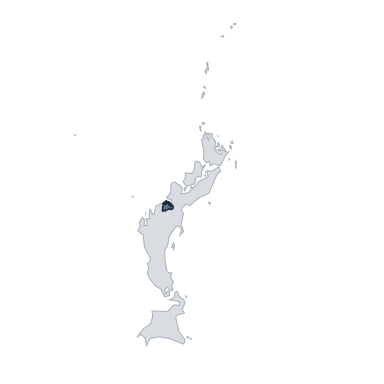 location of Aichi within Japan, rotated 154°
{"feature_id": "JPN-1840", "entity_name": "Aichi", "entity_type": "Prefecture", "adm_level": 1, "iso_a3": "JPN", "parent_name": "Japan", "parent_adm1": "", "projection": "natural_earth1", "projection_center": [137.132, 34.981], "detail": "fine", "context": "in_parent", "style": "filled", "palette": "slate", "viewbox_px": 384, "rotation_deg": 154, "n_neighbors": 0, "source": "natural_earth", "source_scale": "10m", "svg_char_len": 5821}
<svg xmlns="http://www.w3.org/2000/svg" viewBox="0 0 384 384"><g transform="rotate(154 192 192)"><path d="M257.5,108.7L262.7,110.0L262.6,118.5L266.3,123.9L268.3,134.6L267.6,138.6L264.1,142.9L263.4,147.4L259.8,148.2L258.4,150.6L258.9,163.5L254.7,174.6L257.8,181.0L253.6,183.7L252.6,187.8L247.5,191.1L247.3,186.3L250.0,182.7L247.3,181.8L245.5,184.9L245.7,188.2L241.4,186.6L239.8,192.1L237.3,194.8L236.9,190.4L237.9,189.7L236.0,188.5L230.7,195.1L219.2,195.3L221.4,192.9L218.2,192.1L217.3,193.4L216.6,189.4L213.8,194.1L217.4,197.2L217.1,198.5L211.8,200.4L207.5,208.1L205.3,209.0L202.8,208.2L199.5,202.5L199.2,199.0L202.5,194.9L195.6,193.0L179.3,198.8L170.9,198.5L169.1,204.6L165.0,202.0L156.6,202.9L157.6,197.7L161.1,197.4L177.3,183.6L188.0,183.7L200.1,180.7L201.6,183.5L207.5,182.4L209.4,180.4L209.2,176.0L215.6,168.2L217.0,160.2L221.8,158.4L217.6,163.5L218.8,167.0L221.1,168.1L231.9,162.2L237.5,154.4L242.3,151.2L246.6,141.4L249.2,132.2L248.4,129.3L245.9,128.5L248.6,124.2L248.1,119.1L251.2,116.9L252.1,112.2L254.5,112.6L255.8,117.1L259.5,116.5L260.6,112.5L256.3,113.3L256.3,111.9L257.5,108.7ZM285.3,76.4L294.0,78.7L300.3,73.8L298.3,82.0L300.4,86.5L305.2,85.4L296.4,90.2L287.1,91.7L281.9,97.4L280.1,102.6L266.4,95.4L257.9,98.4L252.9,95.7L251.4,99.0L259.6,105.0L254.8,104.9L251.0,109.4L248.7,109.1L249.3,103.7L246.6,99.1L246.8,95.4L252.3,90.8L251.9,86.4L259.2,88.0L261.5,86.7L265.0,71.9L263.2,63.6L263.9,60.6L266.5,59.2L275.9,69.6L285.3,76.4ZM159.1,207.6L164.4,207.6L162.8,211.7L166.4,212.0L167.4,216.6L163.9,221.9L160.3,235.2L157.6,234.8L157.9,237.1L153.6,240.1L154.6,231.4L152.3,233.2L152.6,238.1L148.1,235.2L149.9,232.7L148.7,226.6L153.4,220.0L152.0,219.5L152.5,217.3L149.4,212.9L148.3,213.8L148.7,217.0L150.3,217.0L150.4,218.9L147.5,218.0L144.5,220.6L143.7,214.4L146.9,217.0L142.7,212.2L154.5,203.5L156.9,204.2L159.1,207.6ZM187.5,198.2L194.5,199.8L195.5,204.9L191.8,207.5L189.8,212.1L184.2,208.7L180.6,210.6L175.6,218.3L172.5,216.2L171.7,209.8L167.8,210.9L174.1,206.5L177.2,201.4L179.8,203.4L183.7,202.4L184.0,199.5L187.5,198.2ZM127.4,295.0L123.3,297.6L122.5,301.2L120.9,302.0L123.7,294.4L125.7,294.8L127.4,292.1L127.4,295.0ZM234.4,151.6L230.9,154.6L231.1,151.5L233.7,148.5L233.2,151.5L234.4,151.6ZM142.7,271.5L139.3,276.4L137.2,274.9L142.7,271.5ZM147.6,224.8L146.4,224.7L147.0,221.2L148.6,220.9L147.6,224.8ZM197.5,199.0L194.8,198.9L198.3,195.8L197.3,197.6L197.5,199.0ZM152.7,249.6L150.9,249.5L150.4,248.0L153.0,248.0L152.7,249.6ZM142.0,195.8L139.9,198.0L141.8,194.0L142.0,195.8ZM156.3,247.9L155.3,247.3L157.4,242.5L157.3,244.8L156.3,247.9ZM133.3,217.9L135.0,218.1L135.6,219.5L133.5,220.1L133.3,217.9ZM140.6,199.0L139.0,200.8L139.3,198.6L140.6,199.0ZM81.0,324.8L78.8,324.7L78.8,324.3L79.8,323.1L81.0,324.8ZM181.9,175.0L180.6,175.3L180.3,173.8L181.2,173.2L181.9,175.0ZM137.5,217.2L136.7,215.8L137.9,213.5L138.6,215.3L137.5,217.2ZM85.3,321.8L84.6,323.8L83.6,323.9L83.1,322.8L85.3,321.8ZM135.4,281.5L134.3,281.4L134.5,279.3L134.9,279.2L135.4,281.5ZM260.4,64.0L258.9,63.6L258.8,63.0L259.9,62.6L260.4,64.0ZM151.6,221.3L149.8,222.5L149.3,221.9L151.6,221.3ZM243.3,101.4L242.6,100.1L243.8,99.7L243.3,101.4ZM169.7,204.2L170.8,203.8L172.1,203.7L169.7,204.2ZM258.0,60.0L257.8,62.2L257.2,59.8L258.0,60.0ZM142.0,211.6L140.6,213.0L142.7,210.6L142.0,211.6ZM97.4,319.0L95.6,319.1L95.8,317.3L96.3,318.2L97.4,319.0ZM144.9,204.8L143.8,205.9L144.3,204.4L144.9,204.8ZM191.4,195.9L190.6,197.3L189.9,196.1L191.4,195.9ZM138.2,275.8L137.9,276.8L137.5,275.6L138.2,275.8ZM243.2,192.9L242.9,193.9L242.7,192.9L243.2,192.9ZM144.5,231.0L143.6,231.3L144.5,230.4L144.5,231.0ZM173.2,200.4L173.2,201.7L172.3,201.5L173.2,200.4ZM248.0,214.0L247.0,214.2L247.0,213.6L248.0,214.0ZM272.4,294.2L272.5,295.4L271.8,294.1L272.4,294.2Z" fill="#d9dde1" stroke="#a8b0b8" stroke-width="1"/><path d="M223.3,194.2L222.9,194.2L222.0,194.5L220.0,195.2L219.6,195.2L219.0,195.3L218.9,195.3L218.8,195.2L219.0,194.9L219.1,194.5L219.3,194.3L219.6,194.6L219.7,194.8L219.8,194.7L220.0,194.5L220.1,194.4L220.3,194.4L220.6,194.1L221.0,193.9L221.5,193.4L221.6,193.5L221.6,193.9L221.7,194.0L221.7,193.7L222.0,193.6L221.8,193.4L221.8,193.1L221.9,192.9L221.6,192.6L221.4,192.5L221.1,192.4L220.9,192.4L220.7,192.5L220.5,192.9L220.3,193.0L220.3,192.8L220.2,192.8L220.0,192.7L219.8,192.7L219.6,192.8L219.3,192.8L219.1,192.8L218.9,192.8L218.6,192.5L218.4,192.2L218.2,192.2L218.2,191.8L218.4,191.3L218.4,191.0L218.1,191.5L218.0,191.8L217.9,192.0L217.7,192.9L217.8,193.0L218.2,193.4L218.3,193.7L218.3,193.9L218.0,193.8L217.7,193.7L217.3,193.5L217.1,193.3L217.0,193.2L217.1,192.7L217.2,192.3L217.2,192.1L217.1,191.9L217.0,191.7L216.8,191.7L216.8,191.4L216.8,191.1L216.8,190.8L216.8,190.6L216.9,190.4L217.0,190.2L217.2,189.7L217.4,189.5L217.4,189.2L217.4,188.9L217.1,189.3L217.1,189.6L217.0,189.3L217.0,189.1L216.9,189.1L217.0,189.6L216.7,189.7L216.6,189.4L216.5,189.8L216.3,189.8L216.1,189.7L215.9,189.5L215.8,189.3L215.6,188.9L215.5,188.7L215.4,188.5L215.3,188.3L215.3,187.3L215.3,187.1L215.8,186.4L216.1,185.8L216.2,185.7L216.3,185.6L216.5,185.8L216.9,185.6L217.1,185.5L217.7,185.4L217.9,185.3L218.0,185.3L218.1,185.2L218.2,185.3L218.5,185.5L218.8,185.7L218.9,185.8L218.9,186.0L219.0,186.0L219.3,186.5L219.5,186.6L219.8,186.6L220.2,187.0L220.3,187.0L220.6,187.0L221.3,186.7L221.6,186.7L222.0,186.9L222.2,187.0L222.3,187.1L222.6,187.3L222.9,187.3L223.3,187.1L223.6,187.0L223.7,186.9L224.1,186.7L224.1,187.1L224.2,187.5L224.3,187.6L224.6,187.7L224.8,187.6L225.0,187.6L225.3,187.4L225.5,187.4L226.2,187.6L226.8,187.6L226.7,188.0L226.7,188.3L226.6,188.6L226.4,189.0L226.2,189.3L225.7,189.8L225.5,190.0L225.5,190.5L225.4,190.7L225.0,191.2L224.9,191.4L224.9,191.6L224.5,192.0L224.4,192.0L223.8,192.2L223.6,192.3L223.4,192.9L223.3,193.2L223.3,193.5L223.3,193.9L223.4,194.0L223.3,194.2ZM216.5,191.6L216.8,191.8L216.7,192.0L216.5,191.6Z" fill="#64748b" stroke="#1e293b" stroke-width="1.5"/></g></svg>